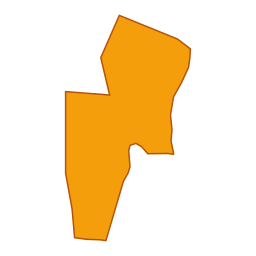 General Santos, Natural Earth projection
{"feature_id": "PHL-5529", "entity_name": "General Santos", "entity_type": "Highly Urbanized City", "adm_level": 1, "iso_a3": "PHL", "parent_name": "Philippines", "parent_adm1": "", "projection": "natural_earth1", "projection_center": [125.172, 6.137], "detail": "fine", "context": "isolated", "style": "filled", "palette": "amber", "viewbox_px": 256, "rotation_deg": 0, "n_neighbors": 0, "source": "natural_earth", "source_scale": "10m", "svg_char_len": 489}
<svg xmlns="http://www.w3.org/2000/svg" viewBox="0 0 256 256"><path d="M173.6,154.3L167.8,153.5L147.8,153.7L141.5,146.6L135.9,143.4L130.1,145.3L128.7,150.6L130.0,166.5L128.3,172.6L123.4,181.4L105.9,240.6L100.3,239.8L86.5,239.3L74.6,237.7L72.1,209.1L65.6,173.1L65.6,91.6L109.6,95.0L100.8,57.7L119.3,15.4L177.6,39.1L190.4,48.9L189.8,58.4L188.5,67.5L181.7,82.2L173.5,97.0L170.5,114.9L172.0,129.7L171.0,141.0L173.4,152.4L173.6,154.3Z" fill="#f59e0b" stroke="#b45309" stroke-width="1.5"/></svg>